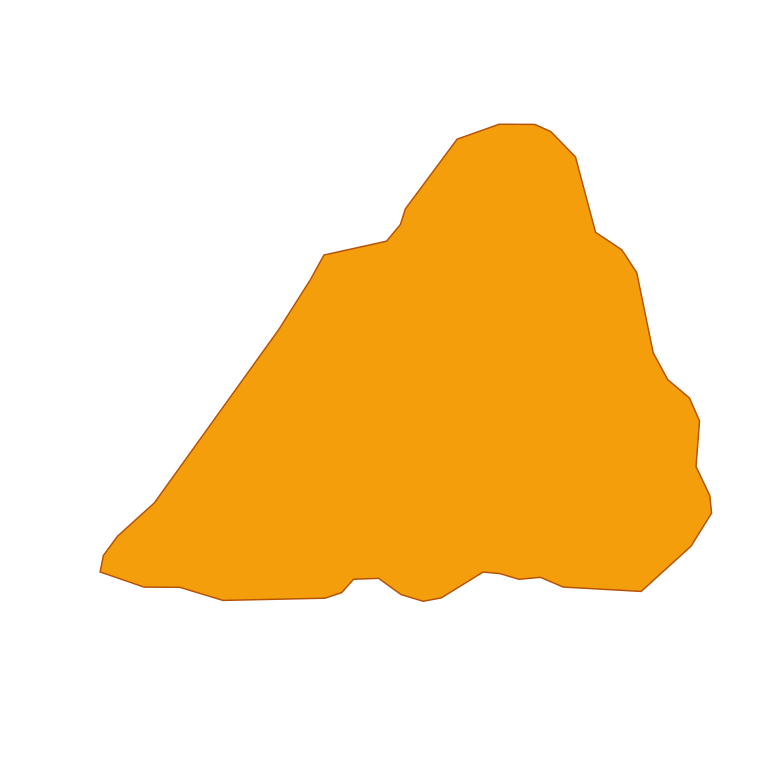 outline of Santo Tomás La Unión, Sololá, Guatemala, rotated 82°
{"feature_id": "79465075B46149189037387", "entity_name": "Santo Tomás La Unión", "entity_type": "district", "adm_level": 2, "iso_a3": "GTM", "parent_name": "Guatemala", "parent_adm1": "Sololá", "projection": "mercator", "projection_center": [-91.41, 14.619], "detail": "fine", "context": "isolated", "style": "filled", "palette": "amber", "viewbox_px": 768, "rotation_deg": 82, "n_neighbors": 0, "source": "geoboundaries", "source_scale": "gbopen_adm2", "svg_char_len": 681}
<svg xmlns="http://www.w3.org/2000/svg" viewBox="0 0 768 768"><g transform="rotate(82 384 384)"><path d="M625.2,158.2L587.4,102.6L557.5,77.6L539.9,76.9L509.2,86.5L464.6,76.7L440.5,83.4L419.2,102.4L390.5,113.1L309.0,118.2L284.3,129.8L263.2,153.4L185.8,162.8L157.3,183.7L147.9,198.6L142.8,233.9L151.7,277.5L213.6,338.5L228.4,345.6L242.9,361.6L247.9,425.5L270.6,442.5L315.5,480.7L469.8,628.0L497.5,668.9L514.7,685.7L530.6,691.3L551.7,650.0L556.9,614.6L575.9,573.5L587.9,472.2L584.7,454.9L573.1,441.3L575.7,416.4L595.0,396.3L604.6,375.4L603.8,357.2L584.0,312.0L587.9,295.7L596.2,277.4L597.2,256.0L610.0,234.9L625.2,158.2Z" fill="#f59e0b" stroke="#b45309" stroke-width="1.5"/></g></svg>